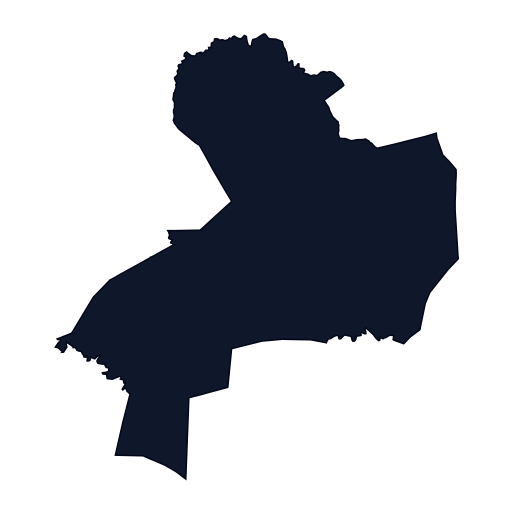 the district of Cosoltepec, Oaxaca, Mexico, rotated 179°
{"feature_id": "50627088B93922556769206", "entity_name": "Cosoltepec", "entity_type": "district", "adm_level": 2, "iso_a3": "MEX", "parent_name": "Mexico", "parent_adm1": "Oaxaca", "projection": "albers", "projection_center": [-97.794, 18.142], "detail": "fine", "context": "isolated", "style": "filled", "palette": "ink", "viewbox_px": 512, "rotation_deg": 179, "n_neighbors": 0, "source": "geoboundaries", "source_scale": "gbopen_adm2", "svg_char_len": 5125}
<svg xmlns="http://www.w3.org/2000/svg" viewBox="0 0 512 512"><g transform="rotate(179 256 256)"><path d="M343.8,282.9L342.9,281.5L342.6,280.1L342.1,278.5L342.1,277.9L342.7,276.8L343.0,275.9L342.9,275.1L342.5,274.8L341.8,274.5L340.4,274.0L339.2,273.7L339.2,273.4L339.7,272.9L340.5,272.0L341.1,271.2L341.1,270.7L340.9,270.4L339.6,270.0L338.9,269.6L338.4,268.9L338.0,268.8L361.3,256.4L361.2,256.7L361.7,256.6L361.8,256.1L376.9,248.1L391.4,240.4L395.3,238.3L396.1,237.8L397.3,237.1L402.5,234.5L419.4,217.6L441.6,182.1L454.9,177.0L456.3,176.7L456.0,175.9L454.7,175.9L452.9,176.4L453.0,174.8L455.4,172.4L458.2,168.4L455.4,167.7L451.1,163.6L451.6,163.1L450.1,163.2L446.7,168.1L447.3,170.9L446.6,173.0L440.9,168.8L440.4,167.5L438.3,167.8L436.6,164.8L434.8,164.1L432.4,163.7L431.2,161.1L430.1,159.9L430.1,159.2L429.7,158.0L426.1,157.7L426.8,154.1L426.1,153.9L423.9,154.4L423.2,157.7L419.0,156.0L415.6,159.1L413.5,159.2L415.9,155.7L416.9,153.8L416.1,151.7L415.4,151.3L411.6,150.6L409.6,150.6L408.7,149.2L408.5,148.6L407.8,147.3L405.0,146.4L405.4,143.3L408.1,142.3L410.6,142.1L411.7,141.8L411.0,140.6L408.4,140.4L407.5,139.9L406.9,136.0L401.9,135.3L394.4,138.1L393.5,138.0L392.8,137.5L393.8,135.3L390.9,134.6L390.2,131.2L388.8,130.9L389.4,129.3L392.1,125.2L391.8,124.5L390.7,124.9L389.5,126.4L388.3,125.5L387.2,122.7L386.3,122.2L384.4,120.0L391.8,92.9L396.7,73.1L400.1,59.3L372.3,58.2L366.1,55.3L351.0,48.6L340.0,42.0L330.1,34.2L325.6,115.5L310.8,119.0L310.7,119.1L292.8,123.6L286.5,125.2L282.0,163.8L280.2,164.2L251.7,170.8L231.3,172.3L212.2,171.6L203.0,171.3L193.2,169.3L188.1,168.2L187.2,168.0L186.4,170.0L185.0,171.8L182.9,172.1L180.1,173.9L178.0,174.8L176.4,175.2L175.1,175.0L174.5,172.3L174.2,171.7L172.7,171.8L169.6,174.9L168.5,175.5L165.2,174.6L163.5,174.3L162.2,173.8L161.3,170.0L160.7,169.1L159.3,169.1L158.3,169.9L157.6,171.2L156.9,174.1L153.0,174.6L152.4,174.9L152.2,175.2L152.7,176.6L152.3,177.7L152.1,177.8L150.4,177.0L148.5,176.3L147.5,176.4L147.6,178.6L148.6,181.5L147.9,182.3L146.0,180.9L144.1,179.3L140.0,175.3L137.9,172.2L135.8,170.0L134.7,169.2L133.9,169.5L133.6,170.9L132.8,172.3L130.5,171.0L129.1,171.9L128.2,171.9L123.5,174.5L119.6,174.0L120.4,170.0L119.5,169.4L109.8,165.7L103.2,172.4L93.4,179.4L91.9,186.5L87.6,205.6L82.8,216.6L63.9,239.5L63.0,240.4L53.8,249.7L54.1,253.2L54.5,263.2L55.8,291.7L56.1,298.5L56.0,302.9L56.0,305.0L55.9,308.0L55.8,309.5L55.2,319.2L55.1,324.7L54.6,331.1L54.5,333.0L54.4,335.9L54.5,339.0L61.5,347.5L63.6,349.6L66.5,352.8L67.1,352.8L73.2,371.0L73.3,372.7L73.5,374.4L73.6,375.7L84.5,372.6L103.6,368.2L111.5,366.3L133.0,361.6L134.9,362.8L136.6,364.6L138.1,366.4L139.3,367.3L140.2,367.7L140.9,368.8L141.9,369.5L143.4,370.4L144.5,371.1L145.8,370.8L147.4,370.6L149.9,370.5L151.4,370.6L154.5,370.3L156.6,369.8L159.3,369.7L161.6,370.7L163.4,371.4L164.6,371.8L165.7,372.0L167.4,371.9L170.6,372.5L170.9,374.0L171.4,375.3L171.7,377.4L171.3,378.8L171.0,380.1L171.1,381.5L171.2,383.5L170.8,385.1L171.5,387.0L171.6,388.7L173.2,390.0L174.6,391.5L175.9,392.8L177.3,394.5L178.3,397.0L179.5,399.4L180.1,401.2L180.6,403.1L181.7,405.0L182.5,406.1L185.2,410.5L167.8,423.0L165.2,425.1L165.6,426.3L166.6,428.1L167.8,430.1L169.2,431.6L170.8,433.1L172.2,434.2L174.9,437.2L177.7,438.7L179.5,439.0L181.7,438.4L185.2,439.3L187.8,438.6L190.0,436.8L191.6,435.3L195.0,436.0L198.2,435.1L200.5,436.7L202.7,437.4L204.9,438.0L205.4,439.0L204.7,439.8L204.1,440.6L204.9,442.5L208.3,442.8L209.4,443.3L209.8,444.1L209.7,446.2L209.8,447.4L210.5,447.5L211.5,446.2L212.3,445.3L213.7,444.3L214.8,444.2L215.7,445.6L216.0,450.2L217.0,450.9L219.6,448.7L221.0,449.8L221.4,453.6L221.7,455.9L222.2,458.9L223.4,462.4L224.9,464.8L226.0,469.7L228.4,471.0L232.4,472.5L238.0,472.9L240.0,473.7L241.7,476.2L243.1,477.8L244.6,477.8L248.0,475.8L251.9,473.3L255.4,472.5L256.1,470.7L257.2,465.3L260.0,466.9L260.9,469.6L261.3,471.7L261.6,473.5L261.8,475.7L263.8,476.7L266.6,473.8L267.7,473.5L269.8,473.8L271.6,474.8L273.9,476.3L275.7,475.4L276.5,473.9L277.7,474.0L278.8,474.4L280.2,472.7L281.8,472.3L283.5,471.9L284.7,472.5L285.9,472.9L288.3,472.4L290.3,473.7L291.6,474.0L293.7,473.7L293.9,472.2L294.4,470.9L296.8,469.6L297.1,467.8L297.2,465.4L299.7,465.4L299.3,463.5L300.1,462.7L302.7,462.6L304.1,460.8L306.2,458.9L306.6,460.5L308.0,460.7L309.8,460.0L311.8,459.5L312.5,457.9L313.2,457.3L314.0,457.1L315.5,457.2L317.0,457.4L318.0,458.1L319.6,459.3L321.0,460.3L321.8,461.2L323.8,459.9L324.2,458.4L324.4,457.0L323.0,456.2L322.5,454.6L324.0,453.4L326.8,452.1L326.0,450.5L327.1,449.0L328.6,448.9L330.1,448.4L330.6,447.1L329.6,445.2L330.2,444.2L331.6,442.1L331.1,440.3L331.1,439.3L332.2,437.5L334.3,435.9L334.2,434.5L333.4,432.5L332.2,430.0L333.3,428.8L332.9,426.5L333.3,424.9L333.9,423.5L334.3,422.1L334.1,420.5L335.3,420.6L335.7,417.7L336.0,415.7L336.3,414.0L335.2,411.6L334.7,410.6L334.9,408.8L334.9,407.5L335.0,405.2L335.9,403.4L335.9,400.9L335.4,398.6L335.4,396.1L336.0,394.3L336.3,392.8L335.7,391.9L335.4,390.6L331.2,384.6L329.2,382.8L314.6,370.3L310.6,367.7L304.3,356.0L297.2,342.5L286.3,323.1L279.3,311.0L285.2,305.9L296.9,295.6L311.4,282.8L319.2,282.8L335.6,282.8L343.8,282.9Z" fill="#0f172a" stroke="#020617" stroke-width="1.5"/></g></svg>